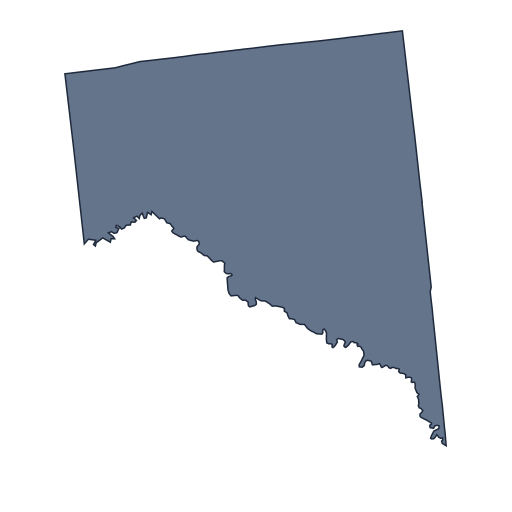 San Juan, Utah, United States of America (orthographic projection), rotated 264°
{"feature_id": "52423323B48895226682919", "entity_name": "San Juan", "entity_type": "district", "adm_level": 2, "iso_a3": "USA", "parent_name": "United States of America", "parent_adm1": "Utah", "projection": "orthographic", "projection_center": [-110.349, 37.749], "detail": "fine", "context": "isolated", "style": "filled", "palette": "slate", "viewbox_px": 512, "rotation_deg": 264, "n_neighbors": 0, "source": "geoboundaries", "source_scale": "gbopen_adm2", "svg_char_len": 4173}
<svg xmlns="http://www.w3.org/2000/svg" viewBox="0 0 512 512"><g transform="rotate(264 256 256)"><path d="M175.2,303.8L174.4,305.2L172.3,308.1L171.6,312.3L171.4,313.4L172.6,314.5L174.7,314.5L175.9,315.0L176.2,316.4L175.1,316.9L172.3,318.1L166.1,317.3L162.2,317.3L161.0,319.4L161.0,320.9L160.2,322.5L158.9,322.3L157.6,322.1L156.9,322.8L157.0,323.4L158.7,325.4L161.9,327.9L164.2,327.4L165.4,329.2L164.8,330.8L164.1,333.1L163.5,334.3L161.1,335.9L158.9,334.6L157.3,334.0L155.8,335.2L156.0,336.3L157.7,338.6L159.3,340.1L160.6,341.2L160.9,343.4L159.5,344.7L159.2,346.8L157.8,348.3L157.0,347.2L155.5,347.8L155.4,349.5L154.3,351.0L152.8,351.4L150.1,353.0L145.8,353.1L143.1,351.2L140.5,349.7L137.2,347.3L135.0,347.1L134.3,350.0L135.7,352.2L138.3,352.9L139.9,354.0L140.7,356.0L139.4,359.6L135.6,360.4L135.5,365.4L136.1,367.5L134.5,368.4L132.9,368.8L132.0,369.3L132.5,371.3L133.4,372.7L133.7,374.1L132.6,375.7L131.0,376.5L130.1,378.3L131.0,379.4L130.6,381.9L129.3,383.8L129.4,385.1L128.6,386.6L127.5,386.3L126.1,385.8L124.5,387.1L124.2,388.7L123.5,391.1L121.9,392.6L121.1,392.3L119.1,392.3L119.5,394.3L119.4,396.2L118.6,397.8L116.7,397.8L115.6,397.5L114.6,397.2L113.9,397.9L114.1,398.6L113.9,400.3L112.5,400.9L110.9,400.8L107.9,400.4L103.2,401.8L101.5,403.6L100.1,402.7L99.5,401.7L97.7,402.3L96.2,402.7L91.9,402.4L89.9,401.8L87.9,402.5L87.3,403.9L84.9,405.8L82.9,404.2L81.9,402.7L79.7,402.3L78.2,403.3L75.0,408.4L71.6,412.8L70.8,413.1L69.9,412.2L69.5,411.1L67.1,411.2L66.5,413.0L66.1,414.6L67.6,415.7L68.3,415.9L68.7,418.6L67.9,420.3L65.4,419.8L64.8,418.6L63.3,414.6L60.0,412.4L58.3,411.4L56.4,410.6L55.7,411.6L55.7,413.8L57.6,415.8L59.4,417.1L58.3,418.0L56.7,418.7L55.4,420.7L55.6,422.6L53.5,422.5L52.5,421.2L50.1,421.7L47.4,425.3L60.5,425.6L64.7,425.5L86.6,425.7L98.8,425.5L155.9,425.6L178.6,425.6L183.3,425.7L201.2,425.5L202.9,425.7L206.7,427.0L287.8,426.7L291.6,426.7L291.7,426.9L314.3,426.6L359.5,426.4L383.1,426.0L403.8,425.8L404.3,425.8L423.9,425.6L424.2,425.6L425.1,425.5L428.1,425.5L430.4,425.5L440.0,425.4L464.6,425.1L464.3,408.4L464.3,408.0L464.3,405.3L464.3,403.1L464.2,400.1L464.2,399.5L463.9,384.7L463.8,379.1L463.8,377.1L463.7,368.4L463.6,368.2L463.3,339.9L463.4,315.0L463.4,311.6L463.5,304.6L463.3,288.0L463.2,284.9L463.2,283.5L463.0,273.9L463.0,263.7L462.9,263.3L462.9,257.1L462.8,254.9L462.7,243.6L462.6,235.5L462.5,234.1L462.4,227.1L462.4,225.2L462.5,219.3L461.9,204.1L461.9,199.0L461.8,198.4L461.5,163.6L461.5,161.0L459.0,142.8L457.9,135.9L457.2,85.0L383.6,85.9L286.0,86.5L290.2,91.0L288.4,98.4L284.4,95.6L282.7,97.3L285.8,98.4L290.0,105.5L284.9,112.6L288.3,113.6L287.9,117.2L290.5,115.8L294.4,111.6L295.3,114.6L293.4,117.3L293.7,120.1L297.8,122.6L299.1,119.5L301.1,120.4L299.4,123.4L296.8,125.1L297.6,127.9L300.2,130.2L300.0,134.3L302.8,135.3L302.3,139.1L303.8,140.8L306.8,138.3L308.1,141.7L305.5,143.8L308.4,144.7L310.5,147.3L305.1,148.8L305.4,150.9L310.7,152.7L308.0,156.0L311.2,157.2L303.1,163.9L303.6,165.3L303.8,165.8L302.5,168.9L298.4,170.7L297.1,174.1L293.9,175.8L292.7,177.0L291.7,177.0L290.9,176.1L290.3,175.2L289.3,174.9L287.9,175.8L287.1,176.9L286.3,177.7L285.8,178.7L285.2,179.8L284.2,180.8L283.4,182.2L282.7,183.3L282.9,184.9L283.2,186.0L283.0,187.8L281.4,188.8L279.3,190.4L278.2,192.9L277.3,195.7L277.6,199.2L276.5,200.6L273.8,200.8L272.7,199.7L271.1,198.2L269.2,198.0L267.2,198.4L266.1,199.4L265.6,200.6L263.9,202.7L263.0,203.3L261.8,204.9L261.3,207.4L259.9,208.6L258.0,210.1L256.4,211.2L254.4,213.2L254.8,216.6L255.1,220.0L254.5,222.0L252.1,224.2L250.0,223.6L245.7,223.1L243.7,222.8L241.6,224.7L241.1,227.4L241.4,228.7L240.0,230.2L239.0,229.7L238.4,226.8L237.4,225.0L233.1,224.8L229.6,224.7L225.2,224.6L221.6,225.3L219.0,226.9L218.9,230.5L219.0,232.4L218.2,234.4L216.4,235.0L213.5,237.9L213.1,241.0L211.1,243.3L208.6,243.2L207.3,243.3L206.0,244.5L206.4,246.7L206.8,249.4L208.0,251.3L210.6,251.5L212.8,250.7L214.6,251.2L213.8,252.2L210.9,256.3L210.3,260.4L207.2,264.4L204.4,266.9L204.3,270.4L202.8,275.2L202.1,277.2L200.8,278.9L200.5,278.7L198.1,278.4L196.4,280.8L192.6,281.7L190.1,282.7L189.7,285.5L188.6,287.8L185.6,288.8L183.4,292.6L182.9,297.0L178.4,299.8L175.9,302.7L175.2,303.8Z" fill="#64748b" stroke="#1e293b" stroke-width="1.5"/></g></svg>